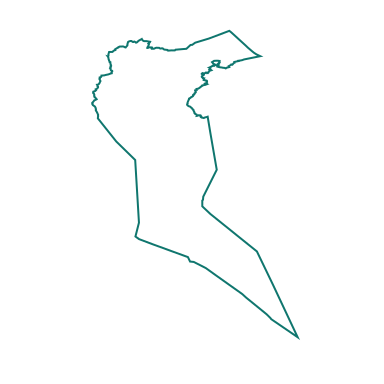 the district of Hamar nor, Hedmark, Norway, rotated 172°
{"feature_id": "86288312B93894082847731", "entity_name": "Hamar nor", "entity_type": "district", "adm_level": 2, "iso_a3": "NOR", "parent_name": "Norway", "parent_adm1": "Hedmark", "projection": "equal_earth", "projection_center": [11.19, 61.003], "detail": "fine", "context": "isolated", "style": "outline", "palette": "teal", "viewbox_px": 384, "rotation_deg": 172, "n_neighbors": 0, "source": "geoboundaries", "source_scale": "gbopen_adm2", "svg_char_len": 5943}
<svg xmlns="http://www.w3.org/2000/svg" viewBox="0 0 384 384"><g transform="rotate(172 192 192)"><path d="M254.2,155.8L251.0,152.7L237.8,145.5L205.1,128.1L203.6,123.4L200.0,122.5L189.0,114.8L180.4,106.6L156.4,83.9L153.1,79.9L135.1,60.5L131.9,56.3L131.2,55.0L107.6,33.5L124.7,88.8L136.0,124.1L176.9,167.7L182.8,175.1L183.8,176.4L183.0,182.1L182.2,182.8L181.5,185.8L164.4,210.6L165.6,248.1L166.0,264.4L166.9,264.2L169.0,264.0L170.0,263.6L171.2,264.1L171.8,264.2L172.9,265.0L173.1,265.7L172.5,265.9L172.8,266.4L172.9,266.7L173.3,266.7L174.6,267.1L175.3,266.9L176.2,266.7L176.6,266.7L176.4,267.0L176.4,267.3L176.6,267.7L176.6,268.0L177.0,268.3L177.8,268.6L178.0,268.9L178.0,269.4L178.6,269.8L178.6,270.0L178.7,270.7L178.6,271.1L179.0,271.8L179.1,272.2L179.0,272.8L179.5,273.2L179.5,273.5L179.6,273.8L180.2,274.3L180.5,275.2L181.3,275.8L181.5,276.2L181.6,276.4L181.7,276.6L183.6,277.6L184.0,278.1L184.2,278.4L184.5,278.6L184.6,278.9L184.7,279.4L184.6,279.7L184.3,279.9L184.0,280.2L184.0,280.9L183.9,281.3L182.3,284.0L182.0,284.2L182.0,284.6L182.0,284.8L181.8,285.0L181.6,285.1L180.4,285.4L180.0,285.8L179.6,286.1L178.4,286.4L177.6,286.9L177.4,287.2L177.6,287.6L177.5,287.9L177.1,288.2L176.2,288.3L175.9,288.7L176.0,288.8L176.0,289.1L175.8,289.4L175.5,289.5L174.8,289.9L174.4,290.2L174.3,291.0L174.3,291.4L174.4,291.8L174.8,291.9L174.8,292.2L173.8,292.3L173.5,292.5L173.4,292.8L173.2,292.7L173.2,293.4L171.6,293.5L171.3,293.5L169.3,294.5L168.8,295.0L168.2,295.1L168.0,295.3L167.5,295.5L167.4,295.7L166.7,295.9L166.8,296.1L166.3,296.2L165.1,296.2L164.7,296.3L164.3,296.2L163.4,296.4L164.0,296.6L163.1,296.7L163.3,296.8L164.0,297.6L162.9,297.9L162.5,297.5L162.1,297.7L162.2,297.8L162.2,298.3L161.7,299.4L161.7,299.8L161.8,300.1L162.6,300.5L162.9,300.4L163.1,300.7L163.6,300.8L164.9,301.3L164.7,302.0L164.2,302.8L164.7,302.9L164.9,303.0L164.7,303.2L164.8,303.3L165.9,304.1L166.2,304.4L166.3,304.7L166.3,304.9L166.1,305.3L163.9,306.4L163.8,306.6L163.8,307.0L164.4,307.3L165.9,307.6L165.9,307.8L165.0,308.3L163.6,307.7L162.4,307.9L162.1,308.2L161.5,308.4L161.0,308.1L160.7,307.7L160.5,307.8L160.7,308.0L160.3,308.1L160.2,308.0L159.7,307.6L159.0,308.1L158.7,308.7L158.2,309.3L157.4,309.6L155.9,309.9L156.2,310.2L156.6,310.2L156.6,310.7L156.9,311.0L157.4,310.6L157.8,311.0L156.5,312.3L156.6,312.6L157.3,312.9L153.7,314.1L152.6,313.8L152.3,314.0L152.8,314.4L152.0,314.6L151.8,314.8L152.4,315.4L152.2,315.5L152.8,315.9L153.0,316.1L154.1,317.8L153.5,318.1L153.1,318.2L151.9,318.8L149.5,318.6L147.2,318.2L146.8,317.8L146.6,317.8L146.8,317.3L146.5,317.3L146.5,316.5L146.8,316.3L148.3,315.4L147.8,315.0L148.8,314.4L148.7,314.3L149.4,314.3L149.3,314.5L149.4,314.3L150.0,314.2L149.6,314.0L149.4,313.5L148.6,312.8L149.1,312.5L148.5,312.2L146.9,311.6L145.0,311.1L144.0,310.7L142.5,310.4L141.4,309.7L141.1,309.8L140.6,310.2L138.0,310.5L138.2,310.8L138.1,311.1L138.2,311.5L136.3,312.2L135.4,312.7L135.1,312.6L135.1,312.8L134.0,312.7L132.8,313.8L132.4,314.1L132.0,314.1L132.0,314.9L127.6,315.2L127.7,315.5L125.4,315.5L123.8,315.6L122.2,316.0L120.7,316.1L105.5,317.0L109.0,319.3L111.2,321.2L112.7,322.8L116.6,327.2L118.4,329.5L130.9,344.6L132.6,346.4L154.0,341.6L168.1,339.4L171.3,337.7L172.3,337.8L173.0,337.8L177.6,334.6L188.5,335.2L189.3,334.6L192.5,335.1L195.8,335.3L196.3,335.5L196.3,335.9L196.5,336.1L199.6,336.9L200.4,337.5L200.6,337.8L200.9,338.2L201.7,338.5L203.0,338.4L203.7,338.6L204.1,339.0L204.4,339.3L207.1,339.8L208.1,339.7L209.6,339.2L210.2,339.2L212.0,339.5L212.1,339.8L211.6,340.1L211.4,340.4L211.4,340.6L211.9,340.8L213.7,341.1L214.1,341.2L214.7,341.2L215.6,340.8L216.2,340.9L216.1,341.4L215.8,341.7L215.4,341.9L215.4,342.1L214.7,343.1L214.1,344.2L214.6,345.0L213.7,345.5L213.0,346.0L212.6,346.6L216.0,347.7L218.2,348.0L219.1,348.4L219.3,348.7L219.6,348.9L220.1,349.6L220.4,350.5L220.6,350.4L221.8,350.0L223.6,349.3L224.9,348.5L225.2,348.1L225.9,347.8L226.1,347.7L226.5,347.7L226.5,347.9L226.7,348.0L227.5,348.5L228.1,349.0L228.5,349.0L229.2,348.7L229.7,348.8L230.2,349.2L230.9,349.9L231.1,350.0L231.9,350.1L233.3,349.9L233.9,349.7L234.4,349.5L234.9,348.5L235.1,347.8L235.3,347.6L235.3,347.3L235.5,347.0L235.5,346.6L235.6,346.1L237.3,344.7L237.5,344.4L237.9,344.4L239.3,345.4L240.0,345.7L243.3,346.1L244.7,345.7L244.7,345.4L245.2,345.2L245.8,345.1L248.3,344.0L248.4,343.5L248.3,343.2L250.0,342.8L251.0,342.0L251.2,341.8L254.6,342.2L255.7,339.8L255.6,339.5L255.7,338.8L256.0,338.4L256.0,338.1L256.3,337.7L256.5,337.8L256.4,337.6L256.1,336.7L256.1,335.1L255.9,334.5L255.9,333.9L255.6,333.0L255.5,332.0L254.8,331.9L254.9,329.1L254.7,329.0L254.8,328.7L254.7,328.5L254.5,328.2L254.6,327.9L255.3,327.3L255.1,326.9L255.2,326.7L255.7,326.4L255.9,326.1L255.4,325.7L255.6,325.0L255.4,323.9L254.2,323.1L254.1,322.8L254.4,322.5L254.6,322.1L255.0,321.8L255.2,321.4L254.7,321.0L254.1,320.8L255.8,320.7L258.4,320.1L261.4,319.9L262.6,319.7L265.5,319.9L265.7,319.0L266.0,318.6L267.5,318.3L267.5,317.9L267.3,317.5L267.4,317.3L267.9,317.0L267.9,316.5L267.7,316.4L267.6,315.7L267.2,314.6L267.8,313.8L268.5,312.6L268.9,312.3L269.3,311.8L270.2,311.4L270.9,311.4L270.7,311.0L270.9,310.7L270.9,309.9L270.4,309.4L270.4,309.0L270.5,308.7L270.9,308.2L272.0,307.4L273.1,307.1L272.8,306.2L273.8,305.5L275.8,305.1L276.0,304.5L276.1,304.0L276.1,303.8L276.0,303.5L275.5,303.2L275.2,302.0L275.2,301.8L275.3,301.7L275.5,300.9L275.4,300.7L275.5,300.5L275.4,299.9L275.2,299.6L275.2,299.4L274.7,299.2L274.5,298.9L274.4,298.7L274.3,298.2L273.8,297.6L273.6,297.4L273.5,297.1L275.0,296.6L276.1,296.3L276.4,295.9L276.9,295.4L277.7,294.7L278.4,294.2L278.5,293.8L278.1,293.1L278.2,292.9L278.4,292.6L278.2,292.3L278.1,291.9L276.2,290.1L276.0,289.4L275.8,289.1L275.8,288.7L275.6,288.2L275.8,287.7L275.6,286.9L275.9,286.3L275.8,285.9L275.2,284.8L275.1,284.2L274.7,283.3L274.7,283.0L274.2,281.5L274.4,280.8L274.5,280.6L274.4,280.3L274.4,280.0L274.7,279.4L274.7,279.0L275.0,278.2L274.9,277.9L260.0,252.6L243.8,231.6L248.8,169.0L254.2,155.8Z" fill="none" stroke="#0f766e" stroke-width="2"/></g></svg>